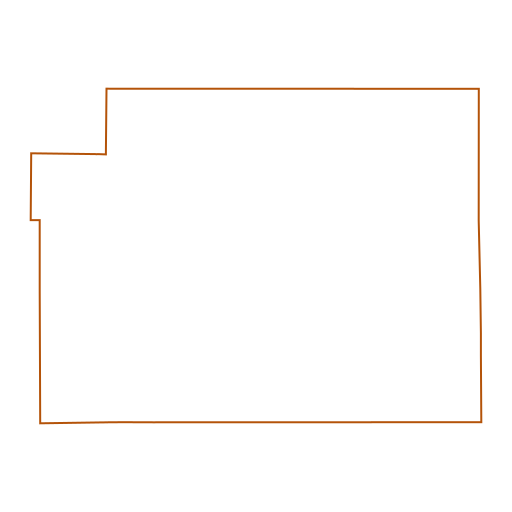 Chippewa, Wisconsin, United States of America
{"feature_id": "52423323B31580722311005", "entity_name": "Chippewa", "entity_type": "district", "adm_level": 2, "iso_a3": "USA", "parent_name": "United States of America", "parent_adm1": "Wisconsin", "projection": "natural_earth1", "projection_center": [-91.404, 45.074], "detail": "fine", "context": "isolated", "style": "outline", "palette": "amber", "viewbox_px": 512, "rotation_deg": 0, "n_neighbors": 0, "source": "geoboundaries", "source_scale": "gbopen_adm2", "svg_char_len": 392}
<svg xmlns="http://www.w3.org/2000/svg" viewBox="0 0 512 512"><path d="M106.5,88.7L105.9,151.7L105.9,154.4L98.0,154.1L96.4,154.2L95.4,154.1L31.2,153.3L30.7,220.1L39.7,220.1L39.7,289.9L40.2,423.3L101.6,422.4L102.8,422.4L107.9,422.3L122.5,422.2L152.8,422.3L481.3,422.2L480.9,355.4L480.9,333.2L480.3,288.9L478.7,220.7L478.8,88.8L106.5,88.7Z" fill="none" stroke="#b45309" stroke-width="2"/></svg>